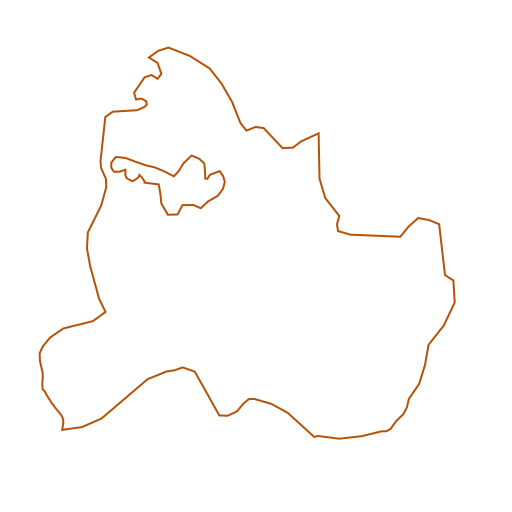 the County of Tolna, rotated 187°
{"feature_id": "HUN-3165", "entity_name": "Tolna", "entity_type": "County", "adm_level": 1, "iso_a3": "HUN", "parent_name": "Hungary", "parent_adm1": "", "projection": "robinson", "projection_center": [18.659, 46.474], "detail": "fine", "context": "isolated", "style": "outline", "palette": "amber", "viewbox_px": 512, "rotation_deg": 187, "n_neighbors": 0, "source": "natural_earth", "source_scale": "10m", "svg_char_len": 1932}
<svg xmlns="http://www.w3.org/2000/svg" viewBox="0 0 512 512"><g transform="rotate(187 256 256)"><path d="M315.2,136.5L322.8,132.7L330.7,130.5L348.6,120.5L389.6,75.8L407.9,65.0L427.2,59.8L426.9,66.7L427.6,70.9L429.9,74.4L437.3,81.4L438.8,83.3L440.5,84.7L447.7,93.6L449.0,95.7L451.6,97.9L452.6,103.2L452.8,109.3L453.5,113.9L457.6,125.4L458.9,133.1L456.6,140.3L450.4,150.0L438.4,160.6L409.9,171.5L398.5,182.2L406.6,194.6L419.4,225.8L424.7,243.0L425.8,258.8L415.8,287.3L413.0,306.1L414.4,314.3L420.6,324.7L421.9,331.2L422.5,375.7L415.7,381.8L391.8,386.2L384.4,390.7L382.8,393.2L384.0,396.3L389.0,398.3L394.1,396.7L396.9,403.2L388.4,419.7L381.7,422.9L375.3,419.9L372.1,425.2L377.2,435.6L386.5,440.0L378.0,447.8L368.2,452.2L345.8,446.4L324.8,436.4L311.3,423.0L298.5,406.0L287.6,386.0L280.7,379.3L272.2,384.0L264.0,383.9L242.9,366.4L232.6,368.0L225.3,375.2L208.8,385.4L202.4,340.5L194.3,321.9L178.2,305.9L179.5,297.4L177.6,290.7L164.8,288.7L115.1,292.7L108.0,304.0L99.7,313.4L88.9,312.8L78.1,309.9L66.1,260.1L57.1,255.7L53.1,234.2L61.2,209.8L73.9,188.9L75.0,168.4L78.5,148.9L86.8,133.0L87.8,124.1L90.6,116.8L96.5,109.6L101.3,100.9L105.1,98.0L110.0,97.3L129.3,90.0L151.1,84.8L172.6,84.9L176.2,83.5L205.2,104.1L222.7,111.1L240.2,113.9L245.7,113.1L250.7,107.7L255.9,99.5L264.6,94.0L273.0,93.3L302.6,133.7L315.2,136.5ZM361.2,315.2L358.2,305.0L356.4,296.7L348.5,286.2L338.8,287.7L335.2,297.5L324.3,299.0L316.6,296.7L310.3,304.3L301.3,311.0L297.0,318.6L296.0,325.7L298.4,331.3L302.4,335.8L311.7,331.0L313.6,326.7L315.8,326.7L316.9,333.7L318.6,341.5L324.0,345.5L332.2,347.9L339.3,339.1L343.2,330.5L347.3,325.1L356.7,328.6L367.1,331.6L376.6,332.6L387.6,335.0L397.3,337.4L407.2,337.2L411.0,331.0L410.4,325.9L407.0,322.2L401.3,323.2L396.1,325.7L395.6,320.4L394.0,317.7L391.2,316.3L387.4,315.2L383.6,318.4L381.6,320.8L381.6,322.1L379.6,320.8L377.3,318.4L375.6,316.2L375.6,315.2L361.2,315.2Z" fill="none" stroke="#b45309" stroke-width="2"/></g></svg>